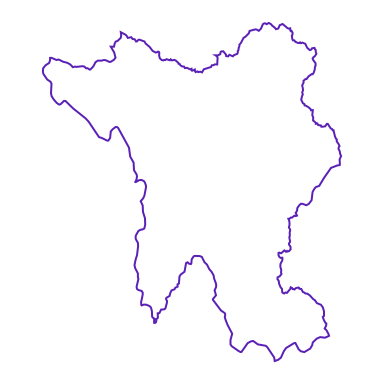 Nhu Xuan, Thanh Hóa, Vietnam (Equal Earth projection)
{"feature_id": "81297802B29351066345319", "entity_name": "Nhu Xuan", "entity_type": "district", "adm_level": 2, "iso_a3": "VNM", "parent_name": "Vietnam", "parent_adm1": "Thanh Hóa", "projection": "equal_earth", "projection_center": [105.405, 19.598], "detail": "fine", "context": "isolated", "style": "outline", "palette": "violet", "viewbox_px": 384, "rotation_deg": 0, "n_neighbors": 0, "source": "geoboundaries", "source_scale": "gbopen_adm2", "svg_char_len": 5891}
<svg xmlns="http://www.w3.org/2000/svg" viewBox="0 0 384 384"><path d="M329.0,335.9L328.6,334.2L326.3,330.0L324.7,328.6L326.2,325.4L326.3,323.4L325.6,323.1L324.1,320.5L323.0,317.7L322.8,316.9L324.0,315.9L324.0,311.5L322.9,307.5L321.0,304.8L316.9,303.1L314.9,300.2L313.3,299.2L309.8,295.4L307.4,293.7L305.4,293.5L304.2,292.5L302.9,292.0L301.3,289.0L299.4,288.8L299.3,288.1L298.5,287.5L295.7,288.2L294.5,289.5L293.5,289.0L292.6,289.1L292.1,288.0L290.7,287.3L290.2,289.0L286.9,292.9L285.5,292.5L284.0,293.5L282.9,292.9L282.2,292.2L282.0,288.9L280.6,287.3L279.1,283.7L278.7,280.8L277.4,279.0L277.6,277.3L279.7,276.3L281.5,273.9L281.0,272.4L281.3,270.1L280.3,266.6L280.5,263.8L282.1,260.8L282.5,258.9L282.3,257.7L280.6,257.9L279.2,256.8L278.5,255.0L278.5,252.9L279.3,252.6L281.1,253.3L284.4,250.4L286.0,251.8L287.0,250.9L287.6,251.5L289.1,251.1L290.6,249.3L290.5,246.8L289.0,244.4L289.0,243.4L290.1,241.8L289.3,237.2L289.8,236.1L289.7,232.1L290.2,230.6L289.9,229.1L288.9,227.4L289.5,225.1L289.5,222.9L289.2,220.7L288.4,218.8L289.5,218.7L290.8,217.6L291.8,217.7L294.4,215.7L295.7,216.1L297.0,215.6L295.7,212.9L297.1,210.7L297.3,208.1L299.3,205.2L300.9,203.8L302.4,203.8L306.3,205.2L308.8,203.9L311.6,200.2L312.6,191.9L314.6,188.4L316.0,187.0L319.2,185.9L323.9,178.1L331.0,167.9L337.1,165.5L339.7,165.1L339.9,164.3L339.6,159.5L341.1,156.0L340.1,153.8L339.8,151.4L338.5,148.9L338.8,147.1L339.5,146.1L338.7,144.2L336.7,141.4L336.8,139.5L335.9,138.6L334.9,136.1L333.5,130.2L332.7,130.3L331.9,128.9L330.7,128.4L327.8,123.9L326.8,123.9L325.2,126.3L321.9,126.8L321.3,126.7L320.9,125.4L318.2,125.1L317.4,123.5L315.8,123.8L315.8,122.7L313.1,120.5L313.2,117.3L312.3,115.3L312.8,110.1L311.0,110.3L310.6,109.1L308.6,107.3L305.5,105.5L304.6,105.4L304.3,104.0L302.9,103.2L301.2,99.7L302.1,95.9L302.8,94.5L302.2,92.4L303.1,90.0L302.2,85.3L303.6,82.6L303.5,80.8L305.3,79.2L306.6,79.0L308.5,76.4L311.7,74.1L312.7,74.2L313.7,72.7L314.7,69.8L314.9,67.1L315.6,65.6L315.5,63.1L313.3,60.2L312.6,58.5L313.5,57.1L314.7,56.4L316.4,53.8L315.7,51.8L315.8,50.2L314.9,49.2L314.5,47.9L312.0,48.3L311.4,49.5L309.8,50.1L307.2,47.8L305.3,43.8L302.3,42.6L301.0,43.2L300.1,42.4L299.5,43.0L297.8,42.9L295.2,41.7L294.4,40.4L292.9,40.3L292.3,39.0L291.8,35.6L292.5,34.7L292.6,32.8L291.6,30.9L291.0,31.2L290.3,30.5L290.2,28.3L288.6,28.6L287.6,28.2L282.6,24.0L279.7,25.2L278.3,28.5L276.0,29.2L274.6,27.5L272.0,25.5L271.4,24.5L269.4,23.2L268.6,23.0L266.7,24.2L265.4,23.4L264.2,23.4L262.9,24.2L261.0,28.6L258.8,30.8L256.5,29.5L255.2,29.4L249.6,30.9L248.9,33.2L245.5,36.7L243.6,37.8L240.9,43.0L239.4,44.7L239.4,46.3L238.7,47.8L238.5,50.0L237.7,51.2L237.8,52.7L237.3,53.8L233.9,55.2L232.9,56.3L229.4,54.8L228.1,56.4L226.2,56.1L225.9,54.5L223.3,51.3L221.4,51.4L220.6,52.0L220.2,54.2L218.0,55.3L215.4,55.3L216.8,56.2L217.6,57.7L217.2,64.5L214.8,64.4L213.4,65.2L211.8,65.3L211.0,67.0L203.8,69.3L202.0,72.4L200.3,71.7L198.2,72.1L197.5,71.4L195.6,72.1L195.0,71.2L194.8,69.5L192.3,70.7L191.7,70.5L191.5,68.8L190.3,69.4L186.9,67.8L184.9,68.1L184.0,66.6L181.8,66.3L180.4,65.3L179.8,64.1L178.6,63.8L178.4,62.9L175.7,60.5L174.4,59.9L172.1,60.4L170.7,59.3L169.9,60.3L166.5,59.2L165.2,60.1L164.1,59.9L163.3,60.4L161.6,60.0L159.8,58.2L159.1,55.6L159.3,52.8L158.9,51.9L158.0,51.6L156.9,52.4L155.6,52.5L152.6,50.9L149.7,47.0L145.6,43.5L144.5,41.5L139.5,39.7L138.4,39.8L137.0,41.4L136.1,41.5L134.6,39.2L132.6,39.0L131.3,37.2L127.8,37.9L126.7,35.9L125.7,34.8L120.8,32.2L121.2,35.3L120.8,37.8L117.6,40.9L115.7,41.6L114.7,43.5L114.0,46.7L110.8,46.7L114.2,52.5L115.5,57.7L113.9,59.8L110.9,61.7L109.7,62.0L105.6,60.2L103.9,60.0L101.4,60.7L97.9,60.6L95.5,62.2L93.4,66.3L90.4,69.5L89.7,69.6L87.5,68.2L86.1,68.3L84.4,66.6L82.5,66.2L76.4,66.9L74.8,66.6L72.9,67.2L70.3,64.5L67.3,62.8L63.3,61.8L58.6,59.5L56.5,60.0L51.7,57.9L50.1,57.9L50.1,60.1L49.2,62.9L45.4,65.4L43.1,68.4L42.9,71.7L43.5,74.1L47.2,79.5L50.5,81.7L51.5,83.7L51.0,93.3L51.6,96.1L53.5,99.2L56.8,103.0L59.2,104.6L60.6,104.2L64.0,100.9L65.5,101.0L73.1,108.4L85.6,118.4L88.6,121.6L99.0,137.1L101.6,137.9L107.4,140.7L108.3,140.6L110.1,138.0L110.8,131.4L112.7,129.2L115.6,127.0L117.1,127.1L118.2,128.0L129.0,147.7L130.2,156.6L133.6,162.6L134.0,170.2L136.6,174.5L137.0,176.3L136.5,179.6L135.3,181.9L135.7,182.1L139.1,180.2L141.4,179.9L143.9,181.1L145.0,182.7L146.0,185.8L146.0,187.3L144.4,195.7L143.1,198.4L140.7,201.2L142.7,205.5L143.0,212.0L145.0,218.3L145.2,224.7L144.3,228.5L142.6,229.4L140.3,229.8L138.3,231.1L135.9,235.4L135.6,236.8L135.8,239.1L137.9,242.8L138.1,246.2L137.0,255.3L135.7,259.3L134.5,265.1L135.2,268.2L137.9,273.4L137.9,277.3L138.4,279.0L136.6,286.7L136.8,288.2L137.1,289.1L138.6,290.1L141.6,290.9L142.7,292.5L142.7,294.7L141.1,302.2L141.3,305.0L141.7,305.4L143.8,304.6L146.3,304.7L149.4,306.0L150.4,306.9L151.1,307.9L151.9,311.1L152.1,316.4L152.6,317.5L153.9,318.3L154.1,319.1L154.1,322.8L154.9,323.0L155.9,322.3L156.4,320.8L155.8,319.1L157.4,318.5L157.9,317.6L157.7,313.3L159.4,313.1L161.1,309.6L164.4,309.3L165.4,308.4L166.9,302.8L167.0,301.0L166.0,299.0L166.4,297.8L169.5,296.0L170.3,293.0L171.5,290.4L174.5,289.3L175.3,287.7L177.6,286.7L177.5,284.4L178.9,283.6L179.5,276.4L180.7,274.6L184.5,271.7L186.1,263.0L187.6,262.3L188.8,263.6L190.9,264.1L191.3,263.5L191.7,259.3L193.7,256.3L194.8,255.9L200.0,256.1L201.9,257.0L204.4,262.1L207.0,264.6L209.3,269.2L211.5,271.7L213.6,275.4L214.2,278.8L216.0,283.7L216.2,285.7L216.0,287.3L214.6,290.3L216.0,295.3L212.9,299.1L213.0,299.9L220.9,310.4L224.6,313.0L225.1,313.8L225.2,315.1L224.8,317.1L225.5,319.6L227.5,324.8L232.2,333.7L230.5,339.9L230.5,344.4L231.6,346.1L238.7,351.1L240.5,352.0L241.5,351.9L247.7,343.1L251.1,341.3L253.2,341.0L257.9,344.4L265.8,345.8L267.3,347.2L274.2,357.5L274.7,361.0L278.2,359.8L280.9,357.7L284.0,350.9L286.1,348.0L294.1,343.1L295.4,343.0L298.6,349.2L300.7,351.2L304.3,352.1L310.2,348.6L312.2,345.2L312.8,342.4L316.8,338.6L320.2,337.1L325.0,337.7L329.0,335.9Z" fill="none" stroke="#5b21b6" stroke-width="2"/></svg>